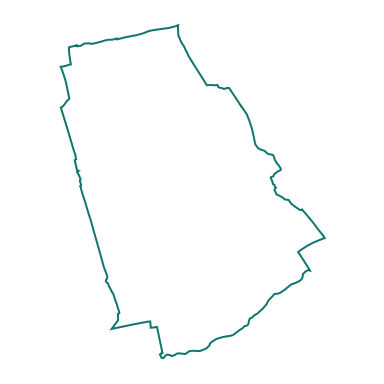 outline of Deleni, Vaslui, Romania, rotated 91°
{"feature_id": "2599482B86595247062374", "entity_name": "Deleni", "entity_type": "district", "adm_level": 2, "iso_a3": "ROU", "parent_name": "Romania", "parent_adm1": "Vaslui", "projection": "mercator", "projection_center": [27.752, 46.541], "detail": "fine", "context": "isolated", "style": "outline", "palette": "teal", "viewbox_px": 384, "rotation_deg": 91, "n_neighbors": 0, "source": "geoboundaries", "source_scale": "gbopen_adm2", "svg_char_len": 5795}
<svg xmlns="http://www.w3.org/2000/svg" viewBox="0 0 384 384"><g transform="rotate(91 192 192)"><path d="M109.9,324.6L126.8,319.1L136.6,315.9L151.0,311.4L153.8,310.5L154.8,310.1L156.4,309.3L157.3,309.2L159.1,309.0L161.3,308.4L162.3,309.8L167.2,308.6L172.1,307.4L172.8,305.8L173.4,307.1L173.7,307.2L174.1,307.4L174.3,307.3L174.3,307.1L174.2,306.7L175.7,306.2L176.2,305.9L178.7,304.7L179.9,304.2L181.4,303.6L181.6,303.7L181.9,304.0L182.2,304.3L182.4,304.4L185.3,303.5L187.1,303.0L187.4,303.0L187.5,303.1L188.1,303.9L189.0,303.5L192.4,302.5L195.8,301.5L204.3,298.5L209.0,297.1L210.9,296.5L212.9,295.8L216.4,294.7L219.1,293.8L221.5,292.9L229.7,290.5L237.9,288.0L253.1,283.4L268.3,278.9L271.9,277.5L275.3,276.2L277.1,275.5L278.0,275.3L279.1,275.3L280.0,275.3L280.4,275.8L280.8,276.2L281.9,276.6L282.3,276.6L283.3,276.4L284.1,275.5L284.7,274.6L285.3,274.2L287.1,273.6L290.9,271.5L292.4,270.8L295.7,268.8L297.4,268.2L298.3,267.9L301.9,266.7L302.6,266.5L303.3,266.0L303.9,265.9L305.0,265.3L307.7,264.6L309.1,264.1L313.8,262.5L314.4,262.6L315.1,264.0L321.4,263.6L330.3,269.9L327.9,259.3L325.2,247.4L322.7,235.2L322.3,233.6L322.2,232.0L322.2,231.5L324.1,231.3L325.3,231.2L326.3,231.1L327.2,230.8L327.5,231.0L328.4,230.9L328.3,229.1L327.5,224.6L331.7,223.7L338.0,222.3L343.6,221.0L344.8,220.7L345.7,220.5L346.0,220.4L352.4,219.0L352.8,218.9L353.4,218.6L354.1,220.4L354.7,220.3L355.1,221.2L356.0,220.7L357.5,220.0L358.3,219.6L358.7,218.9L358.6,218.0L357.8,217.0L356.7,216.2L355.8,215.3L355.2,214.4L355.0,213.6L355.1,212.8L355.4,211.9L355.4,211.1L355.8,210.4L356.4,209.6L356.2,208.8L355.5,206.8L355.0,205.8L354.2,204.8L353.8,204.1L353.6,203.2L353.6,201.0L353.8,199.0L353.9,198.2L354.1,197.1L354.2,196.3L354.1,195.9L353.7,195.3L352.4,193.5L351.6,192.4L351.1,191.6L351.0,190.6L350.8,188.9L350.7,186.9L350.9,184.8L351.0,183.3L350.9,182.1L350.7,180.9L349.9,178.9L349.4,177.6L348.3,175.4L347.6,174.3L346.4,173.2L345.1,171.9L343.8,171.6L343.0,171.3L342.0,170.2L340.9,168.8L339.0,165.8L337.9,163.4L336.7,159.4L336.0,156.4L335.5,153.6L335.0,150.7L334.5,149.0L333.4,147.3L332.4,146.0L330.2,143.2L329.0,141.8L327.3,139.0L325.9,137.8L325.4,137.4L325.0,136.3L324.7,135.0L324.2,134.2L323.5,133.5L322.5,133.3L321.4,133.1L319.9,132.8L318.7,132.4L317.7,132.1L317.3,131.6L317.0,130.7L316.3,129.5L315.0,128.4L314.2,127.5L313.5,126.4L312.3,124.4L309.3,121.3L306.7,118.5L305.5,117.7L302.9,115.5L299.8,114.1L298.8,113.4L297.1,111.8L294.4,109.3L292.8,108.1L292.4,107.4L292.3,104.9L291.4,102.3L290.1,100.4L288.9,98.8L287.8,97.1L286.1,95.3L284.9,93.8L283.5,92.3L282.2,90.1L281.9,88.7L281.1,87.0L280.4,85.5L279.3,83.4L278.5,82.1L277.2,81.0L276.8,80.6L275.3,80.0L273.7,79.8L272.0,79.6L271.2,78.7L269.6,77.2L268.6,75.6L268.2,74.6L268.2,73.8L268.5,72.7L268.3,72.8L266.0,74.2L262.7,76.4L254.7,81.7L250.2,84.8L247.8,81.8L243.8,75.9L242.7,73.8L240.6,70.0L238.2,64.6L235.7,58.5L234.7,59.1L232.3,60.9L227.4,65.1L220.2,70.6L209.9,79.6L207.5,81.7L207.9,82.1L208.2,82.6L208.2,83.2L207.5,84.8L207.0,85.5L206.5,86.2L206.1,86.7L205.8,87.4L205.4,87.9L205.2,88.4L204.7,88.8L204.0,89.9L202.9,91.3L202.2,92.3L200.5,93.8L199.2,94.6L198.8,94.9L198.3,95.2L198.2,96.1L197.9,98.8L197.4,99.6L195.9,101.4L195.3,102.5L194.1,104.7L193.1,107.2L192.3,107.8L191.4,108.2L190.2,108.7L189.1,109.4L188.5,109.6L187.9,109.5L187.0,108.8L186.6,108.3L186.1,108.2L185.7,108.6L185.5,109.0L185.1,109.4L184.9,109.5L184.3,109.4L183.5,109.6L183.0,110.5L182.6,111.2L182.0,111.5L181.4,111.3L176.2,113.6L175.5,112.9L175.0,111.0L172.9,110.2L172.1,109.2L171.2,108.2L169.5,105.8L168.9,104.2L167.7,103.5L165.8,104.4L164.5,105.4L163.8,105.8L163.7,105.9L161.9,107.5L159.2,109.3L158.5,109.6L157.2,110.1L156.0,110.5L154.9,110.9L153.8,111.5L153.5,111.9L153.2,113.2L153.1,113.9L152.9,115.0L152.8,115.9L152.2,117.2L151.9,117.7L151.1,118.5L150.3,119.3L149.6,120.2L149.3,120.9L149.0,122.0L148.6,123.1L148.3,124.3L147.9,125.2L147.5,126.0L146.9,126.9L145.8,127.6L143.7,129.2L141.5,130.0L138.9,130.5L136.0,131.1L133.3,131.8L130.3,132.5L127.9,133.1L122.6,134.9L119.4,136.1L115.4,137.7L113.2,138.7L106.0,143.7L105.9,144.2L104.8,144.6L104.0,145.0L103.8,145.6L102.9,146.1L102.1,146.5L98.9,148.8L96.8,150.2L93.5,152.5L88.3,156.1L87.4,156.7L87.4,157.5L87.4,159.1L87.8,159.8L88.2,161.2L88.5,161.8L88.3,162.4L87.8,163.1L87.6,164.1L87.3,165.8L86.8,167.3L84.6,168.4L84.9,171.3L84.6,175.2L84.9,177.4L85.0,179.1L76.8,184.3L68.3,190.0L60.7,194.9L55.9,197.9L53.9,198.7L50.8,200.5L49.0,201.4L47.0,202.3L46.0,202.9L44.5,204.0L43.3,204.8L41.1,206.0L39.7,206.6L38.4,207.1L37.3,207.6L36.5,208.2L35.7,208.4L33.9,208.5L29.2,208.8L26.0,209.0L25.4,208.6L25.3,208.8L25.9,209.6L26.2,210.2L26.6,211.9L27.3,213.6L27.7,215.3L28.1,217.0L28.4,218.3L28.9,221.2L29.5,225.0L30.0,228.3L30.4,230.9L30.9,233.7L31.6,237.1L32.6,239.8L33.9,242.8L35.2,246.9L36.2,250.4L36.6,252.1L36.7,253.7L37.3,255.9L37.7,257.5L38.3,260.9L40.4,268.4L40.6,269.4L40.1,269.3L39.8,269.6L39.9,270.5L40.9,273.2L41.2,276.2L41.2,278.0L41.5,279.4L41.9,281.3L42.1,282.0L42.6,283.4L42.9,284.5L43.2,285.1L43.4,286.2L44.1,288.6L44.8,291.0L44.9,291.7L45.3,292.9L45.4,293.6L45.5,295.4L45.5,296.3L45.3,296.8L45.2,297.8L45.2,299.1L45.3,300.3L45.5,301.5L45.6,302.5L45.8,302.9L46.8,304.4L47.6,305.3L47.8,306.3L47.8,307.0L48.2,308.1L48.2,308.9L47.2,309.5L47.2,310.1L48.2,310.0L48.0,311.5L48.0,312.4L48.4,313.2L48.5,314.3L48.8,315.1L48.9,316.0L49.1,317.0L49.4,317.2L49.7,317.3L49.8,317.5L53.2,317.4L56.2,317.1L58.3,316.8L59.8,316.5L66.6,315.4L66.7,316.6L67.4,318.2L67.6,319.1L68.6,321.9L68.7,323.3L69.1,325.5L70.1,325.1L72.8,323.9L76.3,322.6L80.8,321.1L84.0,320.1L91.5,318.4L93.6,317.9L100.8,316.3L101.2,316.6L101.8,317.2L102.3,317.8L102.8,318.3L103.0,318.6L103.7,319.0L104.6,319.7L104.8,319.8L106.2,320.8L106.8,321.2L107.5,321.7L108.0,322.1L108.7,322.8L109.1,323.4L109.3,323.8L109.6,324.2L109.8,324.5L109.9,324.6Z" fill="none" stroke="#0f766e" stroke-width="2"/></g></svg>